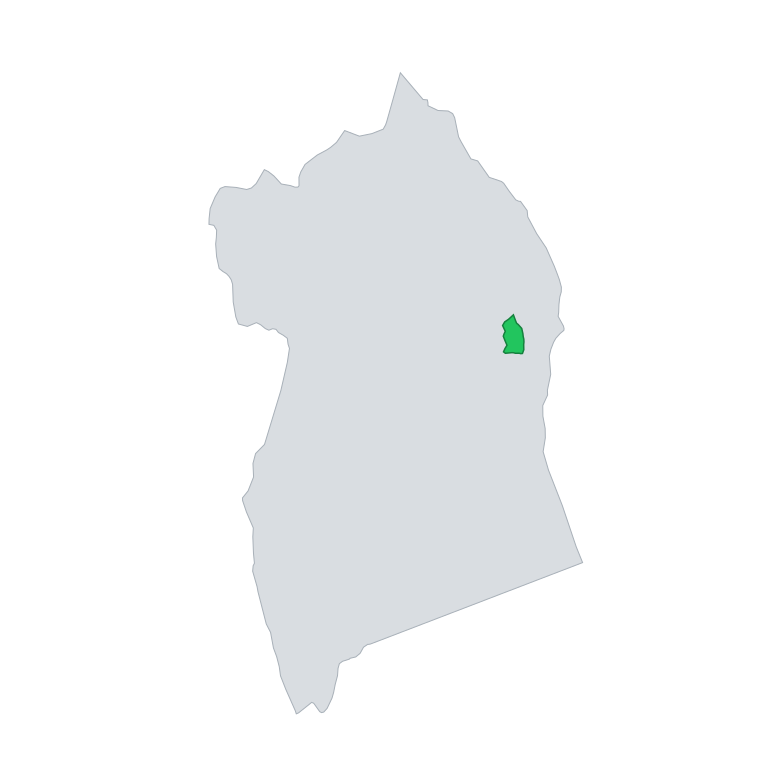 Bukedea highlighted on a map of Uganda, rotated 339°
{"feature_id": "UGA-5591", "entity_name": "Bukedea", "entity_type": "District", "adm_level": 1, "iso_a3": "UGA", "parent_name": "Uganda", "parent_adm1": "", "projection": "equal_earth", "projection_center": [34.118, 1.359], "detail": "fine", "context": "in_parent", "style": "filled", "palette": "green", "viewbox_px": 768, "rotation_deg": 339, "n_neighbors": 0, "source": "natural_earth", "source_scale": "10m", "svg_char_len": 2728}
<svg xmlns="http://www.w3.org/2000/svg" viewBox="0 0 768 768"><g transform="rotate(339 384 384)"><path d="M505.4,621.9L497.2,621.9L484.0,621.9L470.8,621.9L457.6,621.9L444.4,621.9L431.2,621.9L418.0,621.9L404.8,621.9L391.6,621.9L378.4,621.9L365.2,621.9L351.9,621.9L338.7,621.9L325.5,621.9L312.3,621.9L299.1,621.9L285.9,621.9L278.1,621.9L276.5,621.6L275.5,621.2L270.5,622.4L265.3,626.8L259.8,628.7L254.0,627.9L253.2,628.4L250.3,628.3L246.0,628.0L242.1,629.1L239.2,633.0L236.1,639.6L230.7,647.1L226.5,653.8L222.9,658.6L214.7,666.4L210.2,668.7L207.9,668.4L206.6,666.9L204.0,656.9L202.4,655.3L186.4,660.4L183.9,660.5L184.1,657.4L182.9,633.8L182.8,619.4L184.9,610.4L186.1,600.0L186.2,590.8L189.1,575.2L188.1,565.8L191.9,532.9L192.9,527.6L194.3,511.7L196.7,506.8L198.8,504.9L201.5,495.2L206.8,479.6L210.4,471.6L209.7,454.1L210.2,442.2L211.1,439.6L218.8,435.1L228.9,424.1L233.2,411.2L239.2,402.9L250.8,397.6L285.4,353.1L301.5,329.2L308.5,316.9L308.7,312.5L310.1,306.7L307.3,302.2L303.9,298.1L302.8,294.3L299.9,292.5L295.8,292.5L293.1,289.8L290.0,284.4L286.9,281.0L277.1,281.3L269.6,275.8L269.7,268.3L272.6,253.5L278.4,236.6L278.7,231.9L277.9,228.0L276.5,224.6L273.9,221.2L271.5,217.1L273.4,205.0L277.0,193.0L280.0,187.1L282.9,180.4L282.0,174.9L277.8,172.2L280.0,166.9L284.6,157.9L293.4,148.8L301.2,142.7L306.3,142.7L316.4,147.5L325.5,153.2L330.5,153.5L336.5,151.1L349.1,141.0L352.1,144.2L355.8,150.4L359.8,160.5L367.7,165.2L371.5,168.4L374.2,169.3L375.7,168.5L378.7,160.5L382.3,156.2L389.0,150.7L403.8,146.3L414.3,145.0L418.8,144.0L426.3,141.4L438.1,133.3L449.8,143.8L462.4,145.9L474.6,145.8L478.4,142.6L480.5,140.1L493.4,122.8L510.8,99.3L522.4,132.4L526.3,134.3L525.8,137.2L524.8,140.0L532.4,148.0L541.7,152.1L545.0,156.2L545.4,160.7L542.2,180.0L542.8,185.5L545.8,205.0L551.4,209.3L556.3,228.8L566.3,237.1L567.7,239.5L570.0,249.0L573.0,259.3L575.4,261.8L576.9,262.4L579.8,273.4L578.1,279.5L580.4,298.3L584.2,315.1L585.2,335.2L585.2,344.0L585.1,349.4L584.3,357.1L582.5,361.5L579.3,365.8L575.8,372.5L572.7,379.8L570.8,383.3L572.3,394.2L571.9,397.0L571.1,398.4L566.5,400.0L560.8,402.9L557.3,405.8L552.3,411.3L548.3,417.2L543.1,434.7L534.3,448.4L532.8,452.9L524.5,461.0L520.8,471.0L518.5,483.3L515.3,492.1L508.3,504.2L506.7,523.3L506.9,561.4L505.1,604.8L505.4,621.9Z" fill="#d9dde1" stroke="#a8b0b8" stroke-width="1"/><path d="M521.2,403.7L517.7,402.4L516.2,401.3L514.7,400.6L508.3,398.8L507.1,396.8L509.7,394.2L512.7,391.9L512.5,386.1L512.5,382.1L514.0,380.3L516.1,378.3L515.7,371.9L518.9,369.3L523.5,368.2L529.6,365.8L529.5,372.5L529.6,374.9L530.6,376.5L532.5,381.5L531.7,386.8L531.0,389.4L530.6,392.2L529.7,394.9L528.5,397.3L526.8,402.1L524.2,405.1L522.6,404.7L521.2,403.7Z" fill="#22c55e" stroke="#15803d" stroke-width="1.5"/></g></svg>